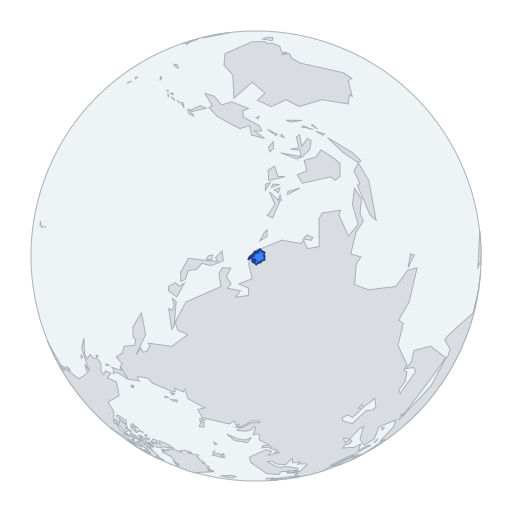 Zhejiang highlighted on a globe, orthographic projection, rotated 203°
{"feature_id": "CHN-1820", "entity_name": "Zhejiang", "entity_type": "Province", "adm_level": 1, "iso_a3": "CHN", "parent_name": "China", "parent_adm1": "", "projection": "orthographic", "projection_center": [120.785, 29.18], "detail": "fine", "context": "on_globe", "style": "filled", "palette": "blue", "viewbox_px": 512, "rotation_deg": 203, "n_neighbors": 0, "source": "natural_earth", "source_scale": "10m", "svg_char_len": 15984}
<svg xmlns="http://www.w3.org/2000/svg" viewBox="0 0 512 512"><g transform="rotate(203 256 256)"><circle cx="256" cy="256" r="225" fill="#eef3f6" stroke="#a8b0b8"/><path d="M442.0,364.5L441.7,365.6L441.5,365.9L442.0,364.5ZM414.6,96.0L411.9,93.6L392.6,79.0L393.1,78.4L388.4,75.5L387.6,76.4L388.1,77.8L370.8,73.8L365.5,82.2L371.4,89.6L364.2,84.8L380.4,102.8L382.3,113.2L375.5,98.7L371.2,95.3L370.2,100.6L365.7,98.3L362.5,99.8L357.1,96.8L353.6,89.3L350.0,87.4L349.5,91.4L343.8,91.4L345.1,85.8L335.2,85.4L327.4,74.1L335.1,63.8L326.2,57.4L322.0,47.1L317.8,46.5L313.6,43.2L307.2,41.5L308.2,40.7L302.2,40.2L302.4,41.3L299.9,41.6L296.1,40.9L296.8,39.5L298.8,39.6L297.0,38.9L299.0,38.6L295.9,38.4L297.2,37.1L290.3,37.4L286.7,35.7L289.1,35.2L296.1,36.5L318.9,40.4L323.4,41.4L322.8,40.9L320.1,40.0L335.1,45.1L349.8,51.2L363.9,58.2L377.5,66.3L390.6,75.3L402.9,85.2L414.6,96.0ZM292.3,33.7L291.2,33.5L289.9,33.5L282.3,32.5L275.6,31.6L275.8,31.6L292.3,33.7ZM467.8,204.0L465.9,199.8L467.3,200.4L467.8,204.0ZM464.5,198.7L465.3,199.8L464.6,199.1L464.5,198.7ZM463.9,199.1L464.4,198.8L464.1,199.7L463.9,199.1ZM463.3,200.4L463.6,199.5L463.6,199.8L463.3,200.4ZM461.7,200.8L461.2,200.8L461.3,199.6L461.7,200.8ZM389.1,78.9L388.0,76.7L390.5,77.1L392.0,79.0L389.1,78.9ZM383.8,79.3L381.9,77.3L387.3,79.8L386.7,80.1L383.8,79.3ZM376.6,95.8L376.6,93.0L378.2,96.6L376.6,95.8ZM363.1,100.6L364.5,102.2L362.3,102.4L363.1,100.6ZM294.1,34.2L292.1,33.9L293.4,34.0L294.1,34.2ZM295.5,34.7L298.5,35.2L299.7,35.5L297.8,35.2L295.5,34.7ZM352.0,98.1L347.9,98.1L351.4,96.7L352.0,98.1ZM291.6,34.2L301.2,36.0L303.1,36.7L297.5,36.4L291.6,34.2ZM345.2,97.3L335.4,98.0L337.9,101.5L325.5,92.6L337.9,94.6L341.8,92.1L342.0,95.2L345.2,97.3ZM304.2,42.0L303.7,40.7L307.6,42.5L304.2,42.0ZM307.3,43.2L322.8,49.4L321.6,51.3L316.6,48.6L317.8,52.1L309.6,49.9L307.1,47.6L309.5,46.6L304.5,46.6L307.3,43.2ZM320.2,87.8L317.3,87.1L319.7,86.5L320.2,87.8ZM299.2,41.9L302.4,42.8L301.6,44.5L294.9,43.0L297.3,42.9L299.2,41.9ZM322.2,54.3L320.4,55.6L313.2,54.1L311.6,54.4L309.3,50.1L322.2,54.3ZM295.6,42.2L291.6,42.3L288.5,41.0L295.9,41.2L295.6,42.2ZM304.2,45.6L303.5,46.4L301.7,45.4L304.2,45.6ZM275.5,37.1L279.4,37.7L279.3,38.6L275.5,37.1ZM290.3,42.5L291.3,42.9L291.7,43.4L288.5,43.3L290.3,42.5ZM304.4,49.5L301.8,48.8L305.0,51.2L299.8,50.5L299.2,47.8L297.2,48.7L295.6,48.5L297.0,46.6L304.4,49.5ZM286.5,44.9L284.0,41.8L276.7,40.2L276.6,39.3L288.3,42.1L286.5,44.9ZM292.5,46.0L288.8,45.0L290.5,44.2L294.2,44.4L292.5,46.0ZM296.4,51.1L304.6,52.8L304.4,53.4L296.4,51.1ZM284.0,44.5L284.7,45.3L283.3,44.5L284.0,44.5ZM292.2,49.1L295.1,49.6L294.9,50.2L292.2,49.1ZM283.6,46.6L282.8,45.6L285.3,45.5L283.6,46.6ZM287.3,47.9L286.2,48.6L286.6,46.2L288.6,48.0L287.3,47.9ZM291.5,49.6L292.3,50.1L290.3,49.4L291.5,49.6ZM274.7,47.6L274.7,44.5L280.1,44.3L279.4,47.3L274.7,47.6ZM92.2,101.3L89.1,105.0L86.4,108.3L80.6,114.7L65.5,137.6L69.2,134.5L62.7,152.0L63.1,159.7L76.1,146.8L75.6,133.7L82.6,124.2L88.8,128.2L90.3,140.9L93.2,137.7L98.2,124.3L104.7,122.3L100.7,119.4L97.8,124.1L95.2,122.7L97.7,118.4L99.9,117.7L101.2,113.1L90.4,118.5L86.2,124.0L85.8,117.0L78.9,125.6L76.6,126.5L87.4,112.4L91.1,109.1L106.2,91.9L102.3,94.5L87.8,111.2L89.6,108.3L84.2,113.0L89.7,107.2L106.6,89.2L110.3,84.4L108.3,85.9L119.5,76.8L118.9,77.3L123.3,74.1L134.7,66.3L130.3,69.5L133.6,67.5L130.2,70.4L134.5,69.7L132.4,72.7L142.8,68.3L143.1,69.4L136.9,71.5L131.5,74.9L127.4,83.7L129.2,84.1L136.2,80.8L134.2,84.1L141.6,79.8L143.5,84.0L147.3,75.6L155.7,72.5L161.6,73.2L165.1,71.0L155.5,69.9L151.0,71.0L146.1,74.1L134.6,77.0L134.1,75.0L148.8,67.1L149.7,63.8L160.7,59.9L179.9,63.8L183.4,68.2L171.0,81.8L165.2,82.2L166.7,77.3L157.3,84.7L161.9,82.7L160.2,85.7L167.8,84.3L167.0,86.4L175.7,81.7L175.5,84.2L170.0,87.1L181.2,88.0L183.2,93.1L186.1,92.4L188.6,90.1L189.5,98.6L191.6,97.7L192.2,94.6L196.7,90.9L205.0,88.1L204.9,91.2L201.8,92.6L195.3,100.6L187.2,104.5L188.0,105.6L194.9,103.0L203.0,93.1L208.1,90.5L205.1,95.2L206.5,93.3L209.0,93.0L211.3,95.8L215.0,90.9L242.4,86.3L249.6,92.0L243.9,96.1L262.9,98.2L269.5,105.8L270.0,102.7L279.4,102.4L277.4,100.0L278.4,98.6L301.7,98.5L307.0,101.3L317.6,99.0L317.8,97.6L314.5,95.3L325.5,92.6L337.9,101.5L336.7,104.2L345.2,108.6L341.3,114.4L342.0,121.6L332.8,126.4L334.1,132.2L337.4,133.3L341.6,142.6L339.3,159.0L327.0,140.7L327.7,118.1L326.2,126.5L322.4,123.3L319.2,125.8L318.5,132.2L321.0,133.7L298.3,139.9L288.2,156.9L299.2,157.2L304.5,163.5L302.6,186.2L276.3,214.1L283.2,225.2L282.6,231.9L274.5,235.1L275.1,225.3L268.1,220.8L269.7,215.2L256.8,218.0L258.5,210.1L247.6,216.7L250.2,223.6L260.9,223.5L250.7,233.5L259.8,246.1L259.1,259.7L238.3,280.7L219.6,285.0L218.1,288.9L211.5,282.9L201.5,289.4L212.5,315.0L211.7,321.6L196.0,331.2L195.9,326.3L178.6,310.3L174.3,325.2L187.4,341.1L191.8,356.8L181.3,350.0L176.9,335.9L170.8,329.9L173.2,316.8L169.6,295.0L159.1,296.1L160.6,287.9L154.1,268.2L139.4,268.8L115.4,282.5L110.8,302.3L103.1,308.0L97.0,273.5L99.7,252.6L94.0,251.4L90.5,229.3L74.6,214.9L75.4,208.7L71.7,208.2L69.7,198.4L72.2,188.7L69.6,185.8L63.9,211.9L67.0,215.1L74.0,211.0L71.5,219.2L73.8,230.6L60.2,241.2L41.6,236.5L44.9,220.9L57.6,170.0L60.2,166.5L60.4,166.0L60.9,165.1L56.7,170.0L60.7,160.8L48.3,193.1L44.0,205.4L41.2,237.1L40.2,238.2L40.9,246.2L49.4,252.3L48.3,257.1L41.1,273.5L33.9,288.1L37.8,310.9L42.4,327.6L37.8,312.1L34.3,296.2L32.0,280.2L30.9,264.0L30.9,247.8L32.0,231.6L34.4,215.5L37.9,199.7L42.5,184.1L48.2,168.9L55.0,154.2L62.9,140.0L71.7,126.4L81.5,113.5L92.2,101.3ZM86.6,163.5L91.0,171.5L98.2,158.6L100.5,160.8L102.1,155.8L98.7,157.6L104.0,145.0L109.2,145.6L113.4,140.9L112.1,138.1L101.8,139.3L94.0,157.0L89.1,159.3L86.6,163.5ZM155.0,55.7L150.9,57.9L147.9,59.1L150.5,57.1L155.0,55.1L155.0,55.7ZM145.8,61.0L159.6,54.7L158.6,56.3L156.8,56.3L154.7,58.0L151.4,58.7L136.8,67.1L133.2,68.9L140.1,63.1L139.8,63.7L143.8,61.2L145.8,61.0ZM196.8,40.9L202.8,39.7L192.7,44.5L188.3,45.2L190.6,42.7L197.2,40.5L196.8,40.9ZM279.8,33.9L282.8,34.1L282.6,34.3L279.9,34.3L279.8,33.9ZM277.3,37.3L266.8,33.5L269.6,33.4L260.1,32.0L263.8,31.5L269.9,32.3L265.6,31.2L272.6,31.7L268.8,31.1L281.9,33.0L288.0,33.9L279.8,33.0L276.2,33.3L276.5,33.8L281.8,35.9L293.2,38.6L291.4,40.0L287.1,40.2L284.1,39.7L286.2,38.9L280.7,38.9L281.5,37.4L277.3,37.3ZM238.3,50.0L242.0,47.9L231.1,50.2L231.7,47.7L230.4,48.1L228.0,46.6L222.9,45.6L224.3,44.5L221.7,44.7L220.0,43.9L216.9,43.8L218.3,42.0L214.6,41.9L217.3,41.1L210.6,41.5L216.2,40.4L214.7,39.7L210.1,41.2L224.9,34.0L226.8,32.9L225.4,32.8L235.2,31.7L242.8,31.4L248.0,32.3L244.8,34.0L249.8,33.5L249.7,34.3L245.8,34.3L251.8,34.8L250.7,35.6L255.4,38.1L264.8,39.0L266.7,40.2L262.5,40.3L267.4,41.5L260.7,42.6L261.9,43.6L256.6,46.0L247.7,46.0L249.8,47.2L245.8,49.4L238.3,50.0ZM273.0,48.2L262.2,48.1L257.3,46.9L268.7,43.3L268.5,42.3L275.6,40.6L282.6,42.6L279.9,42.8L278.9,43.6L277.1,42.6L277.8,43.9L274.2,44.4L273.7,45.7L270.4,45.2L273.0,48.2ZM87.7,107.6L86.4,109.5L85.3,111.6L81.9,114.8L87.7,107.6ZM98.9,95.2L98.4,96.0L93.1,101.1L94.5,99.4L98.9,95.2ZM102.6,92.5L98.8,95.7L101.7,93.0L102.6,92.5ZM136.9,72.4L136.8,73.4L135.1,74.4L133.0,75.0L136.9,72.4ZM206.0,58.6L208.9,57.0L210.0,57.3L218.1,55.7L218.2,57.7L213.4,59.6L206.0,58.6ZM73.4,147.2L70.6,147.9L71.8,145.2L72.5,145.5L73.4,147.2ZM74.5,130.2L72.1,135.9L73.6,131.0L74.5,130.2ZM207.5,60.6L210.8,59.6L208.9,61.3L207.5,60.6ZM218.7,59.2L217.2,61.1L219.1,57.8L218.7,59.2ZM51.3,350.0L45.8,335.8L47.4,336.5L47.0,331.0L51.3,343.4L60.0,366.9L58.8,364.9L51.3,350.0ZM249.0,396.9L256.0,398.2L255.7,399.1L249.0,396.9ZM241.6,393.3L249.6,394.3L240.3,395.1L241.6,393.3ZM252.7,394.7L260.8,393.6L264.2,392.4L263.7,394.1L252.7,394.7ZM236.3,392.9L207.7,388.8L196.5,384.6L199.0,381.9L217.0,385.6L236.3,392.9ZM198.1,381.6L181.3,369.1L159.5,335.9L167.3,338.5L190.3,360.7L188.8,363.3L199.0,372.6L198.1,381.6ZM239.4,370.6L237.8,379.0L221.9,376.3L214.8,373.9L209.8,362.1L212.6,356.8L218.4,357.9L241.7,341.1L249.7,346.8L242.4,354.4L249.0,362.7L239.4,370.6ZM111.4,304.6L114.7,318.4L110.7,318.7L111.4,304.6ZM251.8,327.9L242.0,335.8L251.1,324.9L251.8,327.9ZM257.5,317.1L257.8,321.8L254.2,317.0L257.5,317.1ZM217.3,295.3L211.1,295.4L211.2,292.1L219.3,290.1L217.3,295.3ZM258.5,271.3L257.4,281.1L255.9,284.3L253.6,278.1L258.5,271.3ZM213.4,80.8L202.1,80.4L194.0,82.4L189.6,86.7L190.9,80.9L203.4,77.8L213.4,80.8ZM238.8,85.1L242.6,81.9L244.3,83.8L243.6,84.8L238.8,85.1ZM238.8,82.8L237.3,78.1L241.6,76.8L241.9,80.7L238.8,82.8ZM222.0,68.2L218.6,67.8L220.3,66.3L222.0,68.2ZM388.8,436.8L391.0,435.8L384.5,440.7L375.8,446.6L367.9,450.9L388.8,436.8ZM325.7,463.5L325.3,460.4L334.7,458.4L330.9,461.9L325.7,463.5ZM394.9,432.1L400.7,426.8L402.8,422.8L402.2,425.7L406.7,422.7L392.9,434.5L394.9,432.1ZM291.1,450.8L247.1,458.8L237.3,456.9L239.4,453.4L229.8,440.4L233.0,441.0L230.5,431.9L256.3,425.7L274.7,410.4L289.4,411.7L300.3,399.5L315.7,399.9L311.3,409.5L327.4,414.5L338.0,392.7L348.1,413.6L360.0,419.0L363.6,430.1L343.3,451.7L331.4,456.9L329.0,455.8L324.1,458.2L316.3,458.5L311.7,453.6L306.8,455.7L311.4,451.0L304.5,455.4L300.3,452.0L291.1,450.8ZM400.9,398.7L403.2,398.5L406.9,400.4L403.2,401.2L400.9,398.7ZM436.1,372.0L437.1,372.9L434.7,374.8L436.1,372.0ZM441.5,365.9L438.7,368.4L442.0,364.5L441.5,365.9ZM413.0,382.7L414.2,383.5L413.2,384.3L413.0,382.7ZM412.1,382.6L413.4,380.0L413.2,382.1L412.1,382.6ZM400.9,374.4L402.3,372.9L402.9,373.6L400.9,374.4ZM266.3,398.9L276.0,393.1L281.4,392.7L266.3,398.9ZM398.9,372.5L395.3,373.3L395.7,371.9L398.9,372.5ZM399.1,369.6L398.7,368.0L400.9,371.4L399.1,369.6ZM392.3,367.4L396.6,369.5L391.8,367.9L392.3,367.4ZM389.7,368.4L386.6,367.7L386.8,367.1L389.7,368.4ZM354.7,376.9L366.4,385.7L357.1,386.8L346.7,381.6L338.7,388.5L320.5,388.8L324.6,384.7L322.1,379.0L303.5,377.2L299.7,373.3L306.3,370.6L294.1,367.5L307.4,365.6L313.0,373.6L320.5,367.0L333.8,367.9L346.7,369.5L357.2,374.3L354.7,376.9ZM307.6,383.3L309.9,383.3L307.9,385.7L307.6,383.3ZM380.6,364.6L385.1,367.5L384.6,368.6L382.4,368.4L380.6,364.6ZM359.6,372.6L370.9,364.4L373.6,364.1L366.1,372.7L359.6,372.6ZM368.1,360.5L373.4,360.7L376.2,363.9L375.1,365.1L368.1,360.5ZM280.4,375.8L279.8,378.0L276.4,376.1L280.4,375.8ZM284.8,374.6L295.2,377.1L283.8,376.4L284.8,374.6ZM253.6,365.0L256.6,370.6L266.0,367.8L258.8,372.3L265.3,381.4L263.2,384.6L256.7,374.7L254.6,384.3L250.4,383.8L248.1,375.3L252.2,365.3L256.4,361.3L273.5,360.6L253.6,365.0ZM284.7,368.0L281.9,361.6L284.0,357.4L287.0,360.9L284.7,368.0ZM274.0,345.8L267.0,337.9L260.4,340.3L273.9,330.5L278.4,339.8L274.0,345.8ZM268.4,328.8L262.2,331.0L268.7,325.2L268.4,328.8ZM260.7,328.3L260.2,322.9L265.0,324.0L260.7,328.3ZM271.5,329.2L273.0,320.2L275.3,325.7L271.5,329.2ZM258.7,310.7L268.6,320.3L255.4,315.5L255.7,297.7L261.4,297.8L258.7,310.7ZM296.2,240.1L295.2,234.8L300.6,233.8L299.7,237.7L296.2,240.1ZM317.4,227.5L301.8,231.9L289.1,236.1L292.7,238.6L289.2,247.3L284.2,238.8L293.6,229.6L303.1,228.1L305.2,220.8L312.6,216.1L312.0,206.9L315.4,203.1L318.9,211.2L317.4,227.5ZM311.3,203.1L313.0,187.3L322.9,189.8L324.7,193.8L319.8,199.9L314.9,198.1L311.3,203.1ZM316.3,184.4L311.6,182.7L304.0,159.6L304.9,155.5L315.8,173.5L311.9,173.1L312.1,178.6L316.3,184.4ZM317.8,88.8L317.4,87.3L319.5,88.7L317.8,88.8ZM277.1,97.2L278.7,95.5L281.2,96.9L277.1,97.2ZM284.6,91.7L280.7,91.3L284.9,90.4L284.6,91.7ZM271.7,90.7L279.1,90.5L272.0,92.6L271.7,90.7Z" fill="#d9dde1" stroke="#a8b0b8" stroke-width="1"/><path d="M257.7,250.1L257.4,250.2L257.1,250.4L256.9,250.5L256.7,250.6L256.5,250.9L256.5,251.1L256.4,251.2L256.4,251.3L256.2,251.6L255.9,251.4L255.7,251.2L255.0,251.2L254.8,251.2L254.6,251.7L254.2,251.6L253.8,252.0L254.3,251.7L254.5,251.8L254.9,251.3L255.4,251.3L255.5,251.4L255.7,251.8L255.8,251.9L255.5,252.3L255.9,252.4L256.0,252.5L256.0,252.4L255.7,252.4L255.9,251.9L256.4,252.1L256.7,251.9L257.2,251.5L257.6,251.4L258.0,251.5L258.5,251.9L259.0,252.7L259.2,252.8L259.3,252.9L259.8,253.1L260.6,253.1L260.5,253.3L260.1,253.5L259.8,253.7L259.7,253.7L259.7,253.9L259.4,254.1L259.1,254.5L258.7,254.5L258.3,254.6L258.3,254.8L258.2,254.9L258.3,255.1L258.4,254.8L258.5,254.8L258.4,254.9L258.5,254.9L258.5,255.0L258.4,255.1L258.6,255.1L258.7,254.8L258.9,254.7L259.2,254.6L259.3,254.6L259.4,254.8L259.5,254.8L259.6,254.6L259.3,254.6L259.5,254.3L259.9,254.2L260.1,254.4L260.1,254.5L259.8,254.6L260.1,254.9L260.0,255.1L259.9,255.0L259.9,255.3L259.8,255.5L260.0,255.6L260.0,255.9L259.6,256.1L259.4,256.0L259.5,255.5L259.6,255.4L259.4,255.4L259.5,255.2L259.4,255.2L259.3,255.3L259.4,255.7L259.2,256.0L258.9,255.8L259.0,255.5L258.9,255.5L258.9,256.0L258.7,255.5L258.5,256.0L258.4,255.9L258.3,256.1L258.1,256.1L258.3,256.2L258.1,256.3L258.9,256.3L258.9,256.5L258.6,256.5L258.9,256.5L259.1,256.6L259.1,256.9L259.1,257.0L258.8,256.8L258.7,257.0L258.5,256.9L258.4,257.0L258.5,257.0L258.8,257.1L258.9,257.3L259.0,257.4L258.9,257.5L259.0,257.5L258.9,257.6L258.5,257.9L258.0,257.8L257.6,257.6L257.2,257.3L257.3,257.4L257.4,257.5L257.5,257.6L257.8,257.8L257.6,258.0L258.2,257.9L258.5,258.0L258.8,258.6L258.5,258.7L258.8,258.8L258.9,259.1L258.9,259.3L259.0,259.3L258.9,259.5L258.8,259.4L258.5,259.3L258.3,259.5L258.2,259.4L258.1,259.5L258.0,259.9L258.0,260.0L257.9,260.1L257.6,259.7L257.6,259.4L257.4,259.3L257.7,259.2L257.3,259.1L257.2,259.4L257.0,259.5L257.0,259.4L256.8,259.4L256.9,259.5L257.2,259.5L257.0,260.0L256.8,260.2L256.7,260.5L256.1,260.7L255.8,260.5L255.4,260.5L255.3,260.2L255.2,260.2L255.3,260.3L255.3,260.5L255.6,260.6L255.9,260.7L256.2,260.8L256.3,261.1L256.1,261.3L255.8,261.8L255.7,261.8L255.5,261.6L255.6,261.8L255.6,262.0L255.3,262.3L255.4,262.5L255.6,262.6L255.5,262.8L255.5,263.1L255.2,263.0L255.2,263.3L255.1,263.5L255.1,263.8L254.9,263.9L254.9,263.7L254.7,263.7L254.7,263.4L254.5,263.1L254.3,263.1L254.1,262.9L253.8,263.0L253.5,263.2L253.2,263.1L253.0,263.3L252.5,263.3L252.2,262.9L252.2,262.5L252.0,262.2L251.9,262.2L252.0,262.0L251.9,261.9L251.7,261.9L251.6,262.0L251.4,262.5L251.1,262.5L250.7,262.9L250.3,262.9L250.1,262.7L249.4,262.6L249.5,262.4L249.4,261.8L249.4,261.7L249.2,261.3L249.2,260.9L248.9,260.7L249.0,260.2L249.0,259.9L249.1,259.7L248.9,259.3L248.7,259.4L248.5,259.5L248.4,259.4L248.2,259.4L248.1,259.5L247.9,259.4L248.0,259.3L248.0,258.7L247.9,258.6L248.0,258.5L247.8,258.2L247.9,257.8L247.8,257.7L247.7,257.4L247.4,257.0L247.2,256.9L246.6,256.4L246.5,256.2L246.4,256.0L246.6,255.7L246.9,255.4L247.0,255.3L247.1,255.2L247.5,254.9L247.6,254.7L247.8,254.8L248.4,254.2L248.7,254.1L249.0,253.8L249.0,253.4L249.3,253.2L249.6,252.8L249.5,252.3L249.5,252.1L249.4,252.1L249.6,251.9L249.5,251.6L249.5,251.4L249.8,251.3L250.1,251.5L250.6,251.5L251.0,251.3L251.3,251.3L251.2,251.1L251.1,250.7L250.9,250.7L250.9,250.4L251.0,250.3L251.2,250.1L251.3,250.1L251.5,250.2L251.6,249.7L251.8,249.6L251.9,249.4L252.1,248.3L252.2,248.2L252.5,248.1L253.1,248.2L253.2,248.5L253.8,249.1L254.1,249.2L254.6,249.1L254.6,249.3L254.8,249.2L255.0,249.8L255.3,249.4L255.7,249.3L255.7,249.1L255.7,248.9L256.6,248.8L256.7,249.1L256.7,249.4L256.7,249.5L256.9,249.6L257.0,249.5L257.5,249.8L257.7,250.1ZM261.2,252.6L261.1,253.0L260.9,252.8L260.5,252.7L260.2,252.8L260.2,252.6L260.0,252.2L260.5,252.2L261.0,252.5L261.2,252.6ZM257.6,260.1L257.7,260.3L257.3,260.5L257.3,260.4L257.2,260.1L257.3,260.0L257.5,259.8L257.6,260.1ZM260.9,251.5L260.8,251.8L260.6,251.7L260.4,251.6L260.8,251.4L260.9,251.5ZM260.5,253.6L260.8,254.0L260.7,254.1L260.5,253.8L260.3,253.9L260.4,253.6L260.5,253.6ZM260.0,256.2L260.0,256.4L259.8,256.4L259.7,256.1L259.9,256.0L260.0,256.1L260.0,256.2ZM259.7,252.5L259.8,252.7L259.8,252.8L259.7,252.8L259.6,252.6L259.6,252.4L259.7,252.5ZM261.5,252.9L261.4,253.3L261.5,253.4L261.4,253.3L261.4,253.1L261.2,253.0L261.2,252.9L261.5,252.9ZM261.5,250.9L261.6,251.1L261.3,251.0L261.1,251.1L261.1,250.8L261.3,250.9L261.5,250.9ZM261.2,253.4L261.2,253.6L260.9,253.4L261.1,253.3L261.2,253.4ZM261.4,251.7L261.2,251.8L261.2,251.7L261.5,251.7L261.5,251.8L261.4,251.7ZM259.4,256.1L259.7,256.2L259.6,256.3L259.4,256.2L259.4,256.1ZM256.9,260.8L257.0,260.7L257.2,260.8L256.9,260.8ZM261.9,249.9L261.9,250.0L261.5,250.0L261.6,249.8L261.9,249.9ZM257.4,261.2L257.3,261.3L257.1,261.4L257.4,261.2ZM260.0,253.0L259.9,253.0L260.0,253.0ZM257.0,262.7L257.1,262.8L256.9,262.7L257.0,262.7Z" fill="#3b82f6" stroke="#1e3a8a" stroke-width="1.5"/></g></svg>